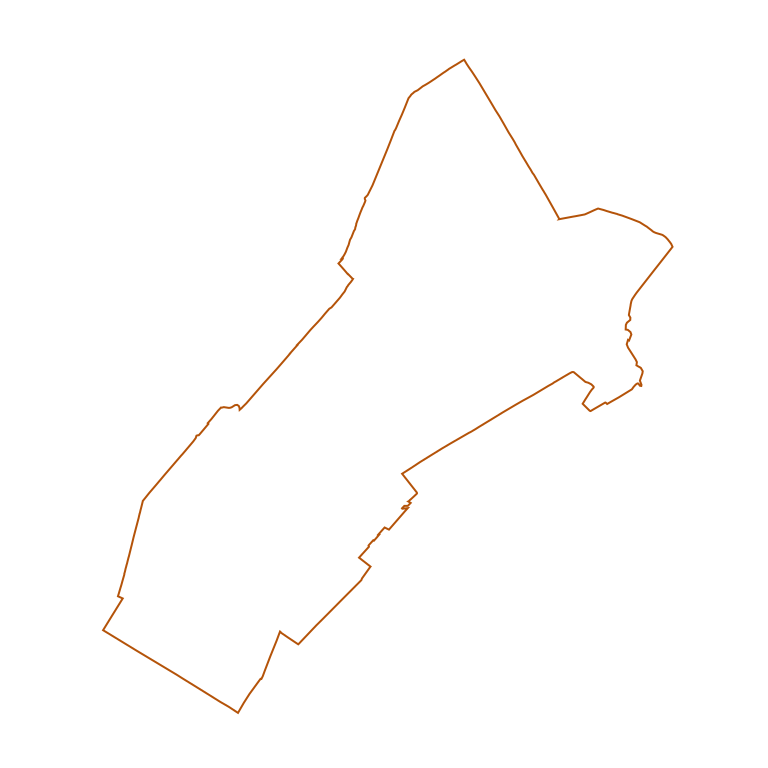 Slobozia, Arges, Romania (orthographic projection), rotated 176°
{"feature_id": "2599482B25877220238739", "entity_name": "Slobozia", "entity_type": "district", "adm_level": 2, "iso_a3": "ROU", "parent_name": "Romania", "parent_adm1": "Arges", "projection": "orthographic", "projection_center": [25.198, 44.51], "detail": "fine", "context": "isolated", "style": "outline", "palette": "amber", "viewbox_px": 768, "rotation_deg": 176, "n_neighbors": 0, "source": "geoboundaries", "source_scale": "gbopen_adm2", "svg_char_len": 5374}
<svg xmlns="http://www.w3.org/2000/svg" viewBox="0 0 768 768"><g transform="rotate(176 384 384)"><path d="M281.4,701.9L281.7,701.8L282.4,701.4L284.3,700.5L284.8,700.2L289.9,697.5L291.2,696.9L296.0,694.4L297.2,693.8L297.9,693.3L298.9,692.7L301.2,691.3L302.7,690.5L305.2,689.0L306.8,688.0L310.2,686.0L311.8,685.0L313.8,683.9L315.7,682.8L318.2,681.4L321.7,679.6L324.7,678.2L326.0,677.3L329.9,674.7L333.3,673.3L334.0,672.7L334.5,672.3L335.8,671.4L336.9,670.5L337.1,670.1L337.8,669.3L339.6,667.4L343.9,658.4L345.7,654.8L347.3,651.6L350.5,645.6L354.0,638.6L355.1,636.7L355.9,635.8L360.1,626.8L364.4,617.8L373.0,600.4L381.6,583.0L387.0,573.8L387.8,573.0L388.8,572.1L389.9,571.2L390.2,570.8L390.2,569.8L389.7,568.4L390.1,567.3L391.0,565.5L392.3,563.0L393.2,561.6L393.9,560.1L395.5,556.9L396.6,554.5L398.0,551.3L399.3,548.6L400.4,546.0L400.6,545.6L400.6,544.9L400.9,544.0L401.3,542.9L401.6,542.5L402.0,540.6L402.8,539.4L403.3,538.8L404.2,536.9L406.3,532.5L407.8,530.3L408.6,528.1L409.6,525.2L411.0,522.6L412.8,518.6L414.3,516.1L415.9,513.8L416.5,513.3L417.3,512.2L417.6,511.9L416.5,511.8L416.7,511.4L421.0,507.4L418.8,504.6L415.6,500.4L412.5,496.2L412.3,496.3L408.0,491.2L407.6,491.0L408.4,489.9L410.1,487.9L411.4,486.6L413.0,484.9L413.4,484.2L414.3,483.3L416.8,479.0L419.3,476.3L421.9,473.2L423.0,472.1L425.9,469.2L431.0,464.1L432.5,463.3L433.3,462.9L436.6,459.6L438.1,458.1L441.7,454.3L445.5,450.6L449.2,447.2L450.2,446.3L453.6,443.1L458.0,438.6L462.7,433.8L468.0,429.0L467.7,428.8L470.6,426.0L475.7,421.0L475.6,420.9L482.0,414.4L490.1,406.3L504.5,392.5L513.6,383.4L522.7,374.3L526.2,371.3L527.7,369.9L529.8,368.3L529.8,370.3L530.4,372.2L531.9,373.4L534.1,373.3L537.6,371.4L539.3,371.0L540.5,371.0L545.4,372.1L547.7,371.7L548.2,371.9L551.5,368.9L558.7,361.0L562.6,357.2L562.0,356.4L571.5,346.6L572.4,345.8L573.7,345.8L574.7,345.5L575.6,343.2L578.3,340.0L590.0,328.0L591.4,326.7L608.7,309.2L618.3,299.3L625.6,291.9L632.8,284.1L632.9,283.6L633.5,281.7L635.1,276.8L635.6,275.4L636.5,272.4L636.8,271.9L636.8,271.7L637.5,269.6L638.1,267.5L641.8,256.6L644.4,248.9L647.1,240.4L647.6,238.9L650.7,229.3L650.9,229.0L650.9,228.9L652.3,224.7L652.8,223.0L653.6,221.0L653.6,220.7L653.8,220.3L653.9,219.9L654.7,217.7L655.3,215.6L656.1,213.3L656.2,213.1L656.3,212.8L656.3,212.3L656.4,211.9L658.7,205.6L660.0,201.9L661.5,198.0L663.2,193.4L663.6,192.4L664.2,190.8L659.6,188.3L671.5,171.8L681.4,158.0L649.2,135.1L610.6,108.1L606.0,104.7L582.0,87.4L574.3,81.8L569.5,78.3L561.5,72.9L552.6,66.1L546.1,75.7L539.8,84.2L529.6,96.3L527.7,98.5L526.9,98.3L525.3,101.0L523.1,105.9L516.5,120.1L512.8,127.7L509.1,135.3L505.0,144.3L504.3,143.6L504.0,143.0L497.3,137.7L490.2,132.2L487.7,130.3L487.2,130.7L468.3,148.0L461.9,153.5L442.4,170.6L420.3,189.9L419.5,191.6L410.4,202.6L410.2,202.8L417.1,209.0L421.0,212.5L417.5,215.9L413.1,220.1L410.4,222.7L410.5,223.1L410.7,223.9L410.0,224.7L405.6,228.9L405.0,228.4L403.2,230.1L401.8,231.5L399.4,234.0L400.2,234.2L400.0,234.4L393.4,240.8L389.2,238.4L383.4,244.2L372.0,255.6L369.0,258.5L374.4,258.3L374.7,258.7L372.2,261.0L371.1,260.9L368.7,260.8L365.7,263.5L367.9,265.1L367.6,265.2L366.1,266.6L365.7,266.8L358.9,272.3L358.7,272.7L358.7,273.0L358.9,273.6L372.2,293.2L363.2,298.1L353.5,303.6L330.5,315.7L322.1,319.9L302.6,329.4L301.1,330.0L295.7,332.7L292.2,334.6L276.5,342.7L267.5,347.4L253.9,354.2L246.7,357.7L241.0,360.3L237.1,362.1L235.6,362.8L220.3,370.6L215.8,372.7L213.9,373.9L212.7,374.4L204.8,378.4L198.1,381.7L195.8,382.7L195.1,382.8L193.9,382.6L182.9,372.0L180.1,371.0L177.2,369.2L175.1,366.8L175.0,366.4L175.1,365.9L175.6,365.3L177.0,364.0L179.1,361.5L182.7,356.6L184.2,354.6L187.2,350.4L180.8,343.1L180.2,342.7L179.8,342.6L176.0,344.5L171.9,346.5L164.6,350.1L164.1,349.9L162.8,348.5L158.5,350.6L150.7,354.3L137.1,361.4L135.2,363.7L132.9,365.9L131.3,366.8L130.7,366.9L130.2,366.6L128.8,364.4L127.5,364.1L127.2,365.2L128.5,369.5L127.1,372.8L125.5,376.5L125.0,378.7L126.7,382.2L130.9,385.0L130.2,388.2L131.3,390.9L134.6,397.0L138.0,403.2L139.1,406.7L138.3,408.8L137.5,411.0L136.5,410.3L133.8,416.1L134.5,418.6L137.0,421.0L139.1,421.5L138.6,426.1L137.4,428.2L133.9,430.7L133.6,433.0L134.9,435.7L134.8,436.3L132.5,445.4L132.4,446.1L131.4,449.5L130.6,451.1L129.8,452.2L127.4,455.3L125.5,457.6L105.6,479.7L102.5,483.1L99.6,486.3L91.3,495.5L86.6,500.7L87.8,503.9L88.2,504.4L88.5,505.0L90.5,507.9L90.9,508.5L92.8,510.8L93.0,511.0L94.3,512.1L94.8,512.5L95.7,513.2L96.3,513.5L101.9,515.6L102.8,516.0L103.5,516.4L104.0,516.6L104.2,516.8L105.0,517.3L105.8,518.0L106.1,518.4L107.0,519.2L108.5,520.5L110.3,522.1L110.8,522.6L111.1,522.8L111.4,523.0L112.7,523.9L116.5,526.7L117.3,527.3L117.6,527.5L118.2,527.8L125.6,531.3L130.5,533.5L133.2,534.7L134.5,535.3L139.0,537.0L139.9,537.5L140.7,537.7L141.5,538.0L143.2,538.6L144.2,538.9L148.4,540.5L149.5,540.9L152.9,542.3L153.8,542.6L158.2,544.1L160.3,543.4L160.6,543.3L162.0,542.8L162.3,542.7L166.2,541.2L169.2,540.1L172.0,539.1L172.3,539.1L175.5,538.7L181.5,538.0L183.6,537.8L192.4,536.8L197.7,536.2L197.6,536.3L203.5,548.9L209.4,561.4L211.0,564.5L211.2,565.0L212.1,566.6L215.8,574.0L217.2,576.9L217.7,577.9L218.2,578.9L219.8,582.2L221.2,584.3L222.7,587.5L224.6,591.0L226.2,594.2L230.1,601.8L232.4,606.7L235.7,613.5L236.8,616.1L238.4,619.3L242.0,626.0L246.2,634.8L250.3,643.2L253.6,649.2L257.8,657.6L267.8,677.4L271.8,684.7L274.4,689.3L277.4,694.3L279.3,697.7L281.4,701.9Z" fill="none" stroke="#b45309" stroke-width="2"/></g></svg>